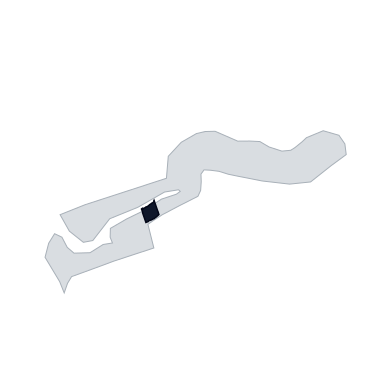 Kiang Central, Lower River, Gambia shown in context, rotated 341°
{"feature_id": "56634734B95834842597723", "entity_name": "Kiang Central", "entity_type": "district", "adm_level": 2, "iso_a3": "GMB", "parent_name": "Gambia", "parent_adm1": "Lower River", "projection": "equal_earth", "projection_center": [-15.756, 13.406], "detail": "fine", "context": "in_parent", "style": "filled", "palette": "ink", "viewbox_px": 384, "rotation_deg": 341, "n_neighbors": 0, "source": "geoboundaries", "source_scale": "gbopen_adm2", "svg_char_len": 2372}
<svg xmlns="http://www.w3.org/2000/svg" viewBox="0 0 384 384"><g transform="rotate(341 192 192)"><path d="M59.9,170.5L87.0,169.2L119.8,169.8L155.5,170.4L172.3,170.7L181.2,150.5L198.0,141.5L215.2,138.2L224.1,139.1L233.6,142.1L251.8,158.8L263.1,162.6L272.6,166.4L279.5,174.5L290.3,182.6L298.9,184.7L303.9,183.5L312.4,180.4L317.9,177.9L336.0,176.8L349.4,186.2L352.2,196.3L350.0,206.8L332.1,212.4L307.4,221.1L286.8,216.3L261.9,204.4L247.3,195.9L241.2,192.4L232.1,187.0L224.2,181.2L216.5,177.4L210.6,175.0L206.3,178.0L204.1,185.2L200.7,193.3L196.2,198.0L175.3,200.9L156.6,203.8L146.5,206.3L139.8,208.2L137.7,232.5L116.4,232.2L95.5,231.9L73.9,232.4L50.6,232.8L44.6,237.8L38.3,245.8L37.7,233.6L31.8,205.9L39.8,193.8L48.5,186.7L54.3,192.4L56.0,203.7L60.5,211.4L75.8,216.2L90.9,212.7L100.2,214.3L99.9,208.1L103.0,199.8L121.4,196.2L140.9,193.8L160.8,188.8L176.5,189.0L181.1,187.6L180.0,185.5L166.0,183.1L136.0,188.8L105.5,190.5L82.4,205.6L72.9,204.2L63.3,189.1L59.9,170.5Z" fill="#d9dde1" stroke="#a8b0b8" stroke-width="1"/><path d="M153.4,202.5L153.4,201.6L153.4,201.3L153.4,199.8L153.5,199.8L153.4,198.5L153.4,195.9L153.3,195.6L153.4,195.4L153.4,194.4L153.4,194.0L153.4,193.5L153.4,191.2L153.4,187.5L153.1,187.8L153.1,188.0L152.9,188.4L152.6,188.8L152.2,189.0L151.9,189.2L151.5,189.3L151.0,189.4L150.9,189.4L150.7,189.4L150.1,189.5L149.4,189.8L149.0,189.9L148.9,189.9L148.6,190.1L148.2,190.1L147.9,190.1L147.5,190.4L147.3,190.4L146.9,190.6L146.6,190.7L146.1,190.9L145.9,191.0L145.2,191.1L144.8,191.2L144.4,191.2L144.5,191.3L144.2,191.3L143.8,191.4L143.7,191.4L143.4,191.4L143.2,191.4L143.1,191.5L142.7,191.6L142.4,191.6L142.2,191.6L141.9,191.6L141.6,191.6L141.4,191.6L141.1,191.7L140.9,191.7L140.8,191.8L140.7,191.8L140.5,191.7L140.4,191.8L140.3,191.7L140.3,191.8L140.2,192.0L140.0,191.9L139.8,192.0L139.6,192.0L139.4,191.8L139.2,191.7L138.8,191.5L138.7,191.6L138.7,192.3L138.8,193.8L138.8,194.4L138.7,195.1L138.5,195.5L138.5,198.9L138.5,201.3L138.5,201.9L138.5,204.2L138.5,205.7L138.5,205.8L140.9,205.7L141.0,205.7L142.0,205.0L142.6,205.1L142.8,205.2L143.6,205.2L144.5,205.2L144.9,205.1L145.2,205.1L145.6,205.0L145.8,205.0L145.9,204.9L146.2,204.9L147.2,204.7L147.3,204.8L147.4,204.7L148.0,204.6L148.6,204.4L149.3,204.2L149.8,204.0L150.3,203.9L150.9,203.6L151.2,203.5L151.3,203.4L151.9,203.2L152.0,203.2L153.4,202.5Z" fill="#0f172a" stroke="#020617" stroke-width="1.5"/></g></svg>